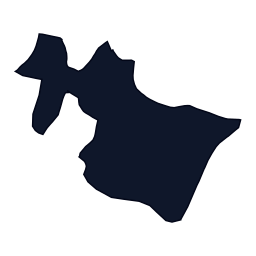 outline of Cap Estate/Becune Park, Gros Islet, Saint Lucia
{"feature_id": "8701671B50591469420225", "entity_name": "Cap Estate/Becune Park", "entity_type": "district", "adm_level": 2, "iso_a3": "LCA", "parent_name": "Saint Lucia", "parent_adm1": "Gros Islet", "projection": "mercator", "projection_center": [-60.949, 14.095], "detail": "fine", "context": "isolated", "style": "filled", "palette": "ink", "viewbox_px": 256, "rotation_deg": 0, "n_neighbors": 0, "source": "geoboundaries", "source_scale": "gbopen_adm2", "svg_char_len": 1936}
<svg xmlns="http://www.w3.org/2000/svg" viewBox="0 0 256 256"><path d="M180.8,219.8L180.8,219.3L187.7,206.6L196.9,185.2L198.9,181.2L204.0,169.0L204.7,167.7L207.9,160.3L211.7,153.5L213.4,150.8L216.1,146.6L219.3,143.0L226.9,137.0L228.3,136.1L235.7,129.8L238.5,127.6L240.6,119.9L239.4,119.6L227.7,119.1L225.3,118.6L218.5,116.5L209.4,112.9L196.7,108.8L189.7,105.7L187.6,105.6L184.5,105.8L178.8,106.8L174.2,107.7L170.3,107.3L165.7,105.9L158.0,103.4L154.8,101.9L149.8,99.4L146.3,97.3L143.6,95.0L141.3,93.4L136.4,88.8L134.4,84.4L133.1,79.5L132.9,75.5L133.5,68.1L134.2,61.6L131.5,60.2L128.3,60.3L123.1,60.3L122.6,60.3L122.0,60.2L118.3,57.9L116.7,56.1L113.4,51.4L112.8,50.0L111.3,50.9L107.3,41.6L105.5,42.8L98.6,48.1L97.7,49.5L96.6,51.0L95.3,53.5L93.5,56.2L91.9,59.0L89.4,62.2L87.0,64.8L85.5,66.4L84.2,67.9L82.5,69.4L80.7,70.4L79.3,70.9L78.5,71.4L77.4,70.9L76.0,70.2L74.1,69.2L72.7,68.7L70.3,67.9L68.3,67.2L67.0,65.5L66.5,63.3L66.4,61.4L66.7,59.9L66.8,58.2L66.7,55.9L66.5,53.4L65.7,50.7L65.1,47.9L64.3,45.8L63.0,43.2L61.4,39.4L62.4,39.9L60.1,38.0L42.6,34.3L39.2,34.0L38.6,37.4L37.3,42.1L36.1,46.2L34.4,50.4L32.0,54.5L28.2,59.7L24.5,63.3L22.0,65.2L20.0,67.1L17.8,69.7L16.7,70.6L15.4,71.4L22.7,75.5L29.5,76.9L36.5,78.4L41.9,79.4L39.2,95.2L33.0,114.1L32.6,126.2L35.4,130.5L38.7,132.9L42.9,134.4L45.8,129.8L47.2,127.7L50.2,124.2L52.5,121.7L58.1,114.8L59.0,111.6L60.2,107.9L61.3,104.0L62.6,99.2L63.9,95.7L65.4,92.7L69.8,92.4L67.1,90.5L71.7,93.6L76.5,96.5L78.3,97.6L78.6,98.8L78.9,102.2L79.3,104.8L80.6,106.8L82.2,109.4L83.6,111.3L85.6,112.8L89.6,115.1L92.7,117.2L96.6,119.3L98.0,120.0L96.5,126.6L95.9,130.3L95.4,133.3L94.7,136.4L93.0,140.1L89.8,143.2L85.7,146.6L82.7,150.2L80.2,153.2L79.5,156.6L79.1,156.9L84.5,161.3L85.3,162.7L86.0,164.5L86.4,166.3L85.7,169.4L83.8,174.4L88.0,181.8L96.4,189.1L111.4,197.3L124.1,199.2L139.1,201.2L149.9,205.5L157.0,212.3L165.9,220.5L172.0,222.0L180.8,219.8Z" fill="#0f172a" stroke="#020617" stroke-width="1.5"/></svg>